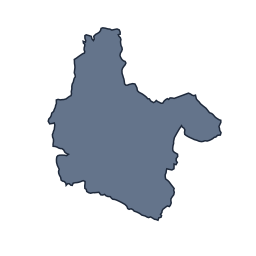 outline of Itu, São Paulo, Brazil, rotated 30°
{"feature_id": "56859067B86457761831209", "entity_name": "Itu", "entity_type": "district", "adm_level": 2, "iso_a3": "BRA", "parent_name": "Brazil", "parent_adm1": "São Paulo", "projection": "albers", "projection_center": [-47.284, -23.298], "detail": "fine", "context": "isolated", "style": "filled", "palette": "slate", "viewbox_px": 256, "rotation_deg": 30, "n_neighbors": 0, "source": "geoboundaries", "source_scale": "gbopen_adm2", "svg_char_len": 3890}
<svg xmlns="http://www.w3.org/2000/svg" viewBox="0 0 256 256"><g transform="rotate(30 128 128)"><path d="M203.1,175.4L203.3,173.6L202.9,171.3L201.4,169.4L200.6,167.8L200.7,165.3L201.0,162.9L200.2,160.5L198.6,159.0L198.2,157.3L195.2,156.1L193.7,155.5L191.9,154.7L190.5,154.1L188.7,153.6L186.0,153.3L184.4,151.3L183.6,149.9L183.3,147.6L182.5,145.8L182.0,143.9L183.9,143.4L187.0,142.4L188.2,140.3L187.0,138.1L185.9,136.2L187.9,135.8L187.9,133.1L186.1,132.3L185.0,130.3L185.3,127.8L184.0,125.9L180.3,125.9L178.2,125.2L176.9,123.3L175.8,120.8L175.3,118.7L174.1,116.7L173.6,115.0L173.0,113.2L172.9,108.4L172.9,103.3L173.2,99.2L174.5,100.0L176.6,100.2L178.2,101.2L179.0,103.3L180.3,105.1L182.2,105.4L184.9,105.4L187.4,105.2L189.3,105.0L191.1,104.9L193.8,104.2L196.2,103.9L198.4,103.1L199.7,102.1L201.1,100.5L203.1,99.7L204.4,98.3L205.4,97.0L206.6,95.0L207.4,92.9L208.6,91.9L209.2,89.6L211.5,87.9L210.9,85.5L208.6,84.2L207.6,82.8L206.0,81.2L205.8,78.9L205.6,76.7L204.5,74.9L202.9,75.3L199.7,75.2L197.8,74.9L195.0,73.9L193.3,73.6L190.9,74.0L188.7,73.1L185.7,71.9L182.2,71.4L178.7,70.8L176.4,69.8L174.3,69.3L172.6,68.6L171.4,67.3L170.0,65.8L168.8,67.1L167.0,67.5L165.1,67.3L162.9,67.6L153.2,79.3L151.3,79.9L149.4,80.9L148.9,82.9L147.4,82.9L146.4,84.7L145.8,86.6L145.7,89.1L144.2,90.1L142.3,90.1L140.6,90.3L138.7,90.0L138.4,91.7L137.5,93.2L134.4,93.3L131.9,92.1L130.4,92.8L128.6,92.1L126.3,91.7L123.4,91.4L121.0,91.5L119.4,91.5L117.4,90.9L115.7,88.8L113.8,87.5L112.0,86.4L109.9,87.2L108.7,88.3L107.3,89.6L106.2,91.1L104.8,92.0L103.0,91.5L101.4,89.4L99.9,87.6L98.7,86.6L97.5,85.4L95.5,83.6L93.8,80.9L93.4,78.8L93.6,76.6L93.9,74.8L93.7,72.8L92.2,71.8L90.4,72.1L88.4,71.7L86.0,70.3L84.7,69.1L84.0,66.9L84.1,64.8L83.7,62.8L82.6,61.4L80.7,60.1L79.1,58.1L78.2,56.7L77.7,55.0L76.2,53.6L74.3,53.1L72.9,52.0L74.3,50.7L73.2,48.8L71.3,47.4L69.0,47.7L67.3,49.2L65.0,51.3L62.8,51.4L61.1,52.2L58.4,52.9L56.0,53.9L54.9,55.2L55.5,57.4L55.2,59.5L54.2,61.5L53.2,63.0L52.5,65.7L54.3,67.9L54.3,69.6L52.3,68.9L50.3,67.0L47.8,67.5L45.2,68.2L44.5,69.6L45.8,71.8L47.7,73.4L48.2,74.9L45.8,75.3L47.0,76.8L48.7,77.1L49.5,78.6L49.9,80.4L50.9,82.3L52.2,83.2L52.8,84.9L51.5,86.5L50.7,88.2L49.9,89.9L49.2,91.4L48.4,93.3L47.2,95.5L48.1,96.8L49.4,98.9L50.9,100.7L51.9,102.3L53.0,105.0L53.9,107.1L55.7,108.5L56.8,110.1L56.6,111.9L57.1,113.8L57.7,115.8L57.7,117.7L58.5,120.0L59.8,122.2L60.7,124.9L61.9,126.5L62.5,128.4L61.4,130.1L59.8,133.8L58.1,135.5L56.6,136.5L55.3,137.5L53.1,138.2L51.9,139.6L53.8,142.7L54.0,144.5L54.7,146.5L54.9,148.9L55.3,150.8L54.5,153.2L55.3,155.6L55.4,157.6L54.9,159.8L55.5,162.0L58.1,163.6L60.1,162.0L61.6,160.5L63.2,162.1L64.2,164.6L64.9,166.1L65.1,168.1L65.6,169.7L65.8,171.5L67.2,173.5L69.0,174.9L70.2,176.9L71.2,179.5L72.3,181.3L74.2,180.4L76.3,180.0L77.9,180.0L79.8,179.6L81.1,178.9L83.2,179.1L85.4,180.5L87.5,180.8L89.6,180.5L88.7,182.6L86.5,183.4L84.5,184.4L82.4,185.7L81.1,187.0L80.8,188.7L81.6,190.7L82.4,192.1L83.4,193.6L85.4,195.6L87.4,197.0L89.0,198.1L89.5,200.2L90.5,201.7L92.0,203.0L94.3,204.4L96.2,206.6L97.9,206.7L99.6,206.2L101.8,206.9L103.1,208.6L103.6,206.4L105.0,205.6L107.0,206.1L108.4,205.6L108.1,203.2L109.6,201.8L111.1,200.8L112.3,199.8L113.6,198.4L115.5,196.0L117.5,195.8L118.5,197.5L119.5,199.8L120.9,201.9L122.5,202.0L124.0,203.6L126.2,203.7L128.2,203.2L130.0,201.5L131.5,200.7L135.0,198.2L137.9,199.5L139.7,198.6L140.9,197.2L142.9,197.7L144.8,197.4L147.0,196.3L148.8,197.1L150.5,197.3L152.0,196.6L153.7,196.2L155.5,196.0L157.8,195.8L160.2,195.7L161.9,195.7L163.6,195.7L166.2,196.4L168.0,197.9L169.6,197.9L171.1,196.4L173.1,196.3L174.9,196.9L177.4,196.4L179.7,196.2L181.4,196.2L183.5,196.5L185.4,196.0L187.0,195.6L189.0,195.6L190.6,195.3L192.0,193.7L194.5,193.7L196.6,193.8L198.0,193.2L200.1,192.9L199.6,190.4L201.2,188.8L200.9,187.1L199.3,186.5L199.6,184.3L198.9,182.6L198.9,180.9L200.2,177.6L201.1,175.8L203.1,175.4Z" fill="#64748b" stroke="#1e293b" stroke-width="1.5"/></g></svg>